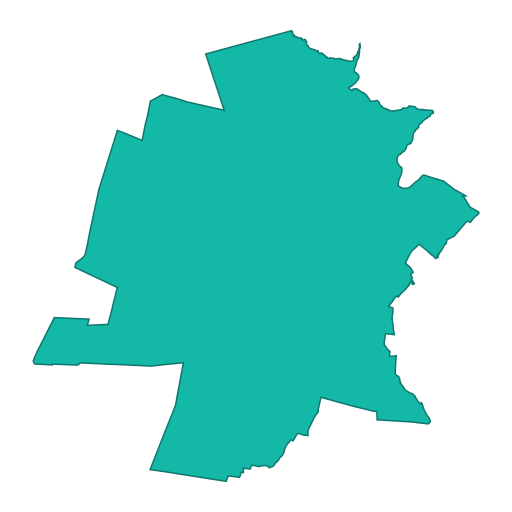 the district of Villa Hidalgo, Zacatecas, Mexico
{"feature_id": "50627088B19487455211640", "entity_name": "Villa Hidalgo", "entity_type": "district", "adm_level": 2, "iso_a3": "MEX", "parent_name": "Mexico", "parent_adm1": "Zacatecas", "projection": "robinson", "projection_center": [-101.681, 22.407], "detail": "fine", "context": "isolated", "style": "filled", "palette": "teal", "viewbox_px": 512, "rotation_deg": 0, "n_neighbors": 0, "source": "geoboundaries", "source_scale": "gbopen_adm2", "svg_char_len": 5952}
<svg xmlns="http://www.w3.org/2000/svg" viewBox="0 0 512 512"><path d="M117.4,130.4L98.8,189.7L89.6,232.9L87.1,246.1L85.0,254.8L84.4,255.9L82.4,258.0L76.0,262.7L74.9,267.4L117.4,287.5L115.6,293.8L115.3,295.8L113.8,301.2L111.7,310.2L108.0,324.4L87.3,325.3L89.1,319.1L54.3,317.6L36.8,352.4L34.7,357.1L33.2,360.8L34.5,364.0L52.3,364.9L52.7,364.1L75.6,365.0L77.9,365.0L80.3,362.9L108.4,364.2L124.8,364.8L132.8,365.3L141.2,365.5L141.7,365.7L151.4,366.1L168.1,364.2L179.0,363.2L180.2,362.9L183.4,362.7L180.4,378.5L179.1,385.9L177.3,395.3L176.0,402.8L175.4,405.5L172.8,412.4L166.1,428.8L150.1,469.6L163.5,471.5L212.2,479.2L226.2,481.3L228.2,475.9L233.5,476.5L239.5,477.4L240.7,474.3L241.2,472.3L243.4,472.6L243.5,469.5L242.9,468.0L250.1,469.1L250.9,466.9L251.8,465.1L258.8,466.5L260.0,466.5L260.6,465.9L265.6,465.6L266.9,465.7L269.2,467.7L270.3,467.5L270.6,467.1L271.8,466.8L273.3,466.2L275.9,462.6L278.2,460.5L279.9,457.6L281.9,455.9L282.8,454.6L284.3,451.4L284.7,448.8L286.4,445.5L288.3,442.8L289.3,442.1L290.2,440.5L290.7,440.2L291.6,440.1L293.0,440.8L297.0,434.2L298.1,433.3L303.2,435.0L308.0,435.6L307.9,432.4L308.1,430.5L308.3,429.6L312.2,421.7L314.7,416.4L315.3,415.9L315.6,415.2L317.4,413.1L318.3,411.6L318.4,411.0L318.1,409.5L318.7,407.5L320.9,397.3L354.6,406.6L368.1,409.8L373.7,411.3L376.9,411.5L377.1,419.8L413.7,422.1L416.6,422.6L428.2,423.9L429.5,422.7L430.2,421.9L430.1,420.3L429.0,417.8L426.6,414.6L424.9,411.6L423.4,407.9L423.1,407.5L422.8,405.5L422.3,404.7L421.9,403.3L421.3,402.7L420.6,404.0L420.3,403.8L417.3,400.6L416.7,399.2L415.1,396.9L415.0,396.0L412.3,393.7L411.6,393.3L410.7,393.4L407.1,391.2L404.5,389.3L404.4,388.6L402.9,386.4L400.4,383.1L399.8,382.7L400.6,382.1L399.6,380.5L399.8,379.6L399.5,379.0L399.7,378.6L398.4,376.2L397.2,375.9L396.4,375.3L395.4,374.0L395.2,373.1L395.6,364.0L396.2,355.8L389.9,356.4L389.5,355.2L389.9,351.4L387.7,349.5L384.0,344.3L385.5,333.6L394.4,334.7L393.4,329.6L393.0,324.2L392.5,321.7L392.0,317.8L393.0,311.0L392.9,309.1L392.8,308.0L392.7,307.6L391.4,307.6L388.6,306.1L391.6,302.6L393.6,299.8L394.8,297.7L395.1,297.6L396.3,296.1L397.7,296.8L398.2,296.1L398.6,296.7L400.8,293.7L405.0,289.9L409.8,284.2L409.3,283.7L410.8,281.5L412.7,284.5L414.4,283.7L411.3,278.7L412.5,277.7L410.5,274.5L413.0,272.6L412.8,271.5L411.3,269.0L409.8,266.9L407.0,264.7L405.4,263.0L409.9,253.9L411.8,251.0L419.1,244.3L426.2,250.0L432.1,255.4L432.8,255.5L435.5,258.5L436.7,257.6L437.2,257.9L438.2,257.2L437.7,256.8L437.3,255.3L438.5,254.2L438.7,254.7L440.1,252.1L440.7,251.6L444.6,244.9L446.4,243.2L446.9,239.7L447.8,239.4L454.3,236.0L466.0,222.2L467.7,221.1L470.4,222.4L472.9,219.0L474.3,217.5L475.9,216.0L476.8,215.2L477.5,214.9L477.7,214.6L478.8,213.6L478.7,212.1L469.9,207.0L464.6,198.2L463.5,196.7L462.6,196.3L465.8,195.9L458.0,191.4L454.7,189.7L443.7,181.2L429.9,177.0L425.2,175.4L423.2,175.1L421.9,176.1L417.7,180.6L416.0,181.7L409.3,187.6L406.1,188.3L402.5,188.2L401.8,187.9L398.3,186.0L398.4,183.1L398.7,180.8L399.1,179.4L400.7,175.7L401.6,173.3L401.9,170.4L401.9,168.0L401.1,167.1L399.7,166.2L397.7,163.1L397.1,161.1L397.1,158.5L397.2,157.8L397.8,156.5L399.4,154.3L400.1,154.4L401.4,153.3L402.2,152.0L403.0,151.7L403.5,151.8L404.5,150.9L405.1,150.0L406.4,147.7L406.5,146.4L406.9,145.4L408.6,144.1L410.1,143.9L411.0,143.0L411.5,141.6L412.2,141.0L412.7,139.3L413.2,134.0L414.4,131.7L414.9,131.5L415.4,130.5L416.0,129.6L416.9,129.1L417.6,128.2L418.6,127.6L418.7,127.0L418.6,125.3L420.5,123.4L421.7,122.9L422.2,121.7L424.2,119.9L425.2,119.4L425.6,118.8L426.3,118.4L427.3,118.3L427.5,118.0L427.6,117.3L427.8,116.9L428.2,116.7L429.1,116.7L429.9,116.2L430.9,114.3L431.3,113.8L431.6,113.6L432.2,113.6L433.0,113.0L433.3,113.1L433.1,111.1L432.0,110.4L424.8,110.0L423.6,109.4L422.9,109.9L421.3,109.4L419.7,109.8L416.6,108.5L415.0,106.8L414.0,106.6L412.0,106.4L410.5,106.0L409.5,105.9L408.7,106.3L408.1,107.2L407.1,107.8L405.5,108.2L402.8,108.0L402.3,108.9L401.4,109.6L398.1,110.3L396.8,110.2L394.3,111.0L393.2,110.8L391.9,111.1L390.5,110.8L388.9,109.9L387.9,109.9L386.2,108.5L385.0,108.7L383.0,107.8L381.7,105.9L380.7,105.7L379.7,104.3L379.3,102.7L377.9,101.1L376.9,100.4L375.0,101.0L370.7,101.3L370.1,101.2L369.9,100.7L369.6,99.9L368.9,98.6L366.2,94.9L365.1,94.2L364.2,93.2L361.5,91.9L357.2,89.0L355.7,88.6L353.2,89.0L352.1,90.5L348.6,88.2L349.0,87.5L351.3,86.3L355.6,82.7L357.3,80.6L358.3,79.2L358.9,77.9L358.9,76.5L358.7,75.6L358.2,74.8L357.1,73.5L356.0,72.6L355.0,72.3L354.6,71.9L354.4,71.1L354.3,70.0L354.6,68.5L355.9,65.0L357.2,59.9L358.1,58.7L358.4,57.8L358.9,57.0L359.6,51.1L359.4,49.9L359.6,49.2L360.3,47.6L360.4,47.1L359.9,43.8L359.1,44.9L359.6,45.3L359.8,45.7L359.6,46.2L359.7,46.6L359.4,47.1L359.5,47.7L358.9,48.6L359.2,49.1L358.8,50.1L359.1,50.5L358.6,51.1L358.1,51.2L358.0,52.3L357.4,52.8L357.5,53.6L357.0,54.1L356.3,55.5L354.8,56.3L353.8,57.3L353.2,58.1L353.9,58.9L353.9,59.8L353.3,60.6L351.3,61.2L348.9,61.1L343.2,59.8L341.4,59.0L338.7,58.4L336.0,59.0L334.9,58.8L333.8,58.2L332.3,58.2L331.8,58.4L331.2,58.3L330.9,58.0L330.3,57.9L330.0,57.9L329.6,58.3L328.5,58.4L327.9,58.2L327.3,57.3L327.1,57.2L326.8,57.5L326.1,56.9L326.1,57.1L325.6,56.9L325.1,55.6L323.7,54.7L323.6,54.3L322.5,54.0L322.5,53.6L322.2,53.2L321.9,53.4L321.7,53.7L321.3,53.7L321.0,53.2L320.8,53.0L319.8,53.5L319.2,53.4L318.6,52.6L318.3,51.4L318.0,50.7L317.6,50.6L317.1,51.3L316.9,51.3L316.6,51.2L315.9,50.4L314.3,49.6L310.4,48.7L309.5,48.1L308.5,47.0L308.0,45.7L307.7,45.3L307.1,45.2L306.6,44.4L306.1,42.9L306.2,42.6L306.6,42.3L306.7,41.7L306.1,41.2L305.3,40.0L305.3,39.5L304.7,39.5L303.2,40.0L302.5,40.0L302.0,39.8L301.9,39.7L302.2,39.6L302.3,39.0L301.7,38.4L301.1,38.1L300.0,37.7L298.9,38.2L298.6,38.2L298.1,37.9L296.9,36.8L295.2,37.0L294.5,35.1L294.2,35.2L294.0,35.8L293.7,36.1L293.4,36.0L292.6,34.1L292.7,32.1L291.8,31.4L291.5,30.7L205.7,54.0L224.2,110.4L220.5,109.4L186.7,101.8L180.5,99.7L162.3,94.6L150.4,101.1L148.2,112.4L146.9,118.4L145.6,123.0L142.1,140.4L124.5,133.1L117.4,130.4Z" fill="#14b8a6" stroke="#0f766e" stroke-width="1.5"/></svg>